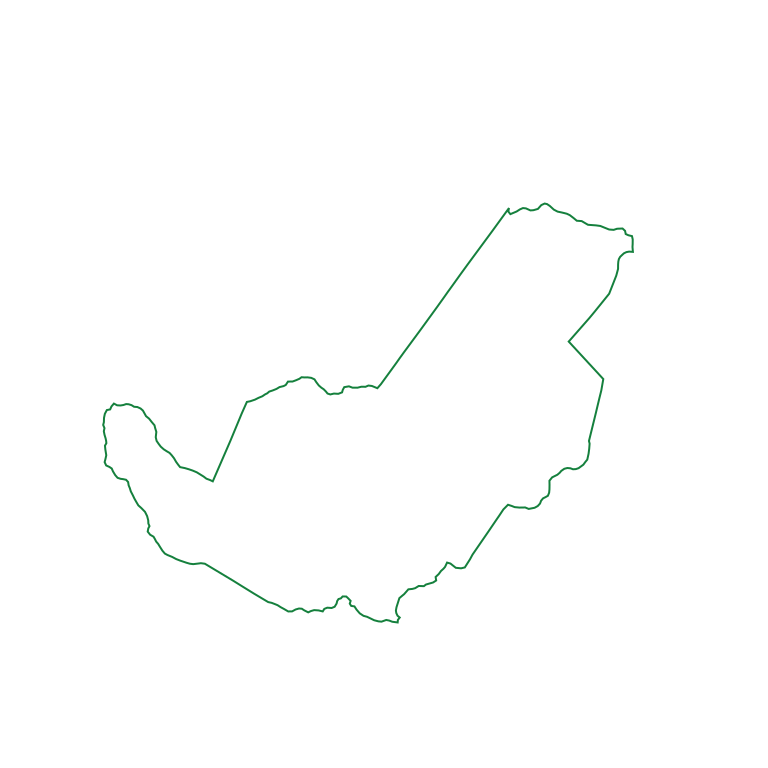 Salto do Céu, Mato Grosso, Brazil, rotated 306°
{"feature_id": "56859067B30882988861922", "entity_name": "Salto do Céu", "entity_type": "district", "adm_level": 2, "iso_a3": "BRA", "parent_name": "Brazil", "parent_adm1": "Mato Grosso", "projection": "robinson", "projection_center": [-58.088, -15.003], "detail": "fine", "context": "isolated", "style": "outline", "palette": "green", "viewbox_px": 768, "rotation_deg": 306, "n_neighbors": 0, "source": "geoboundaries", "source_scale": "gbopen_adm2", "svg_char_len": 4258}
<svg xmlns="http://www.w3.org/2000/svg" viewBox="0 0 768 768"><g transform="rotate(306 384 384)"><path d="M209.4,177.0L205.6,176.7L202.5,177.4L200.0,175.1L195.8,175.7L192.0,177.4L188.5,179.8L185.8,180.9L184.0,183.8L181.1,185.1L178.6,187.8L176.4,190.7L174.7,192.6L172.9,194.2L170.1,194.5L167.3,197.0L163.1,201.2L159.2,202.9L156.6,203.9L154.8,207.1L155.5,210.6L155.6,213.4L154.0,216.1L152.3,220.1L151.5,223.6L152.5,226.7L153.7,228.9L154.9,231.6L154.3,234.6L151.9,237.0L150.4,239.5L148.3,242.3L146.3,246.3L144.6,249.4L143.0,252.9L141.4,256.6L141.0,260.6L140.1,265.8L137.9,270.0L135.1,273.4L132.6,275.4L131.2,277.8L128.6,278.2L125.7,279.6L124.6,283.4L125.0,287.3L123.9,289.8L122.6,292.3L121.9,295.3L120.6,298.4L118.9,302.7L118.0,306.4L118.4,309.4L119.6,314.3L120.2,318.7L121.3,322.9L122.4,326.4L123.3,329.3L124.5,332.6L126.1,335.5L129.6,339.3L131.4,341.2L133.3,344.7L136.2,377.6L137.0,388.8L138.0,402.1L139.5,418.5L140.9,421.7L141.7,424.7L142.5,427.9L142.7,431.5L143.2,435.3L143.7,440.2L146.0,443.3L149.6,445.0L152.4,447.2L153.9,449.6L154.0,452.4L154.7,456.9L157.3,458.3L160.0,460.4L162.4,464.2L164.0,468.1L167.0,467.9L169.7,469.6L172.0,473.3L174.8,475.0L178.5,474.7L180.9,473.7L183.3,473.6L185.2,475.1L187.8,475.4L189.9,478.4L189.5,481.4L188.9,484.5L186.2,485.4L185.2,487.9L186.7,490.8L185.3,494.5L184.2,499.2L184.4,503.7L185.7,507.1L186.4,510.9L187.1,514.9L188.7,519.0L190.3,521.7L194.4,524.5L195.7,527.3L196.5,530.4L199.1,535.2L201.3,533.9L204.3,534.0L204.5,531.1L205.9,528.6L207.7,526.8L210.8,525.3L219.8,522.3L223.5,523.2L225.7,523.8L228.8,524.1L232.2,524.4L234.9,527.4L237.1,529.2L241.0,530.8L243.9,535.1L246.4,535.8L252.3,540.4L255.7,541.7L258.2,539.2L262.5,540.0L266.2,540.0L269.5,540.7L271.9,540.9L276.6,540.0L277.8,543.3L277.5,550.1L280.2,554.7L283.1,557.2L292.8,556.6L298.0,555.9L325.3,555.2L341.3,554.7L345.5,554.6L352.7,554.3L359.2,555.3L360.4,559.0L361.2,562.1L363.7,566.3L365.5,568.7L367.1,570.8L368.0,574.5L372.4,578.6L375.6,580.1L379.0,580.5L381.9,579.7L385.0,579.9L387.3,581.1L389.9,582.3L393.1,581.5L396.0,579.8L399.7,577.2L403.0,574.7L407.3,574.9L412.5,577.6L415.4,578.3L417.9,578.5L421.4,579.7L423.8,581.7L425.4,584.4L426.1,587.0L427.9,589.2L430.3,590.9L435.9,592.7L439.1,592.7L442.3,592.9L447.8,590.5L452.2,588.1L456.6,585.4L458.4,583.3L485.4,572.3L488.0,571.2L499.1,566.6L506.5,563.6L516.9,558.5L526.9,508.5L558.3,511.4L566.1,511.9L589.4,513.1L608.2,508.2L611.6,506.9L614.7,505.7L618.5,503.0L620.8,501.6L623.1,500.6L625.7,500.3L628.4,500.8L630.8,501.3L633.2,502.6L635.2,504.5L637.2,507.7L640.9,504.5L643.4,502.9L647.2,500.2L649.4,497.7L648.0,494.3L647.4,491.4L649.6,489.0L650.0,485.6L646.6,481.3L643.7,479.2L641.3,475.3L639.0,466.1L636.9,462.2L634.9,459.0L632.7,455.4L632.3,451.4L632.0,448.2L629.4,444.0L629.7,439.7L629.8,435.0L629.2,431.8L628.2,429.3L627.2,426.9L625.5,423.1L624.9,418.9L625.5,413.5L625.4,410.2L624.4,407.9L621.2,406.1L616.1,405.6L612.4,402.7L610.5,400.4L609.5,395.6L608.0,393.0L605.1,391.3L601.5,389.9L595.7,386.4L596.6,383.2L599.8,381.7L584.8,381.7L578.3,381.7L571.2,381.7L557.6,381.6L544.1,381.5L530.5,381.4L516.9,381.4L502.9,381.5L496.3,381.5L489.7,381.6L476.1,381.7L462.5,381.7L448.9,381.7L435.3,381.6L421.8,381.5L414.5,381.5L408.3,381.6L382.0,381.6L376.7,381.1L375.3,375.4L373.6,372.3L370.9,370.7L368.5,367.3L365.4,364.7L362.5,360.6L361.5,357.0L358.1,353.7L355.0,354.1L352.6,355.0L349.2,352.8L346.8,349.1L344.0,346.7L343.1,343.9L343.8,341.3L344.3,338.3L344.2,335.5L344.5,332.1L345.7,328.1L346.9,325.0L346.2,321.5L344.4,318.2L342.7,316.0L341.0,313.3L338.5,312.5L335.3,310.6L332.3,308.6L329.5,304.9L325.5,305.1L323.3,304.0L320.1,301.3L316.8,299.9L313.3,297.7L310.4,295.6L307.8,295.0L305.7,293.9L302.6,292.8L299.0,290.6L295.5,288.8L291.4,285.9L288.9,283.6L276.2,286.3L272.5,287.2L247.4,293.2L204.6,302.7L204.0,299.5L203.0,296.0L203.1,292.5L202.8,288.4L202.5,284.4L201.5,280.1L200.3,276.2L198.9,272.3L196.9,267.9L197.7,265.0L198.8,261.6L200.5,257.8L201.6,254.0L202.2,251.0L201.9,247.9L201.7,244.2L202.1,240.2L203.1,236.9L204.3,233.5L206.8,230.6L211.4,228.0L213.9,224.7L215.7,222.6L216.7,218.5L217.9,214.3L218.1,210.4L219.5,207.4L220.8,204.6L221.1,201.5L220.4,198.0L218.7,195.2L218.5,192.2L217.5,189.3L216.2,187.2L213.8,185.5L211.7,183.4L209.9,180.6L209.4,177.0Z" fill="none" stroke="#15803d" stroke-width="2"/></g></svg>